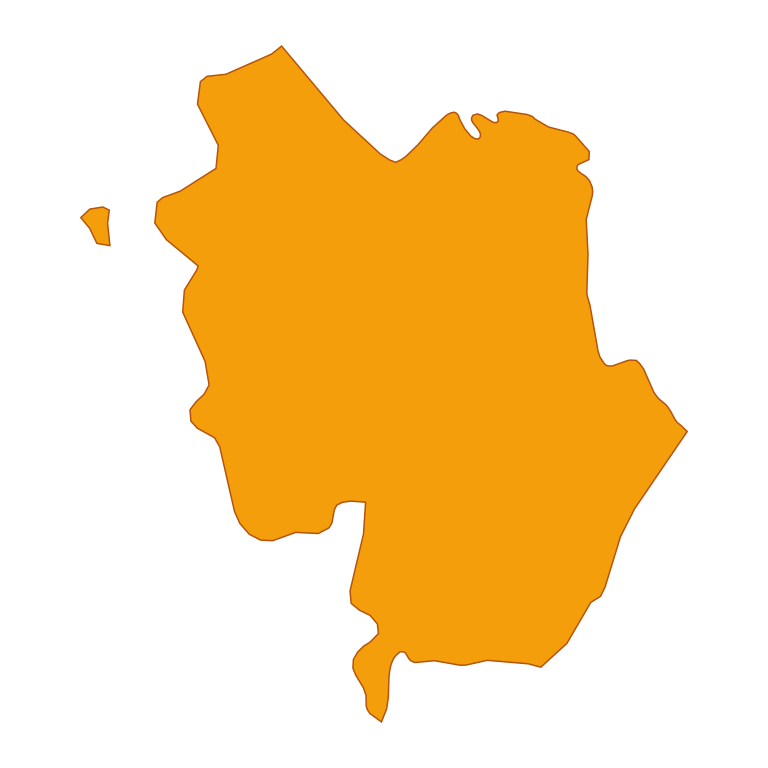 map outline of Matera (Albers equal-area conic projection)
{"feature_id": "ITA-5389", "entity_name": "Matera", "entity_type": "Province", "adm_level": 1, "iso_a3": "ITA", "parent_name": "Italy", "parent_adm1": "", "projection": "albers", "projection_center": [16.459, 40.447], "detail": "fine", "context": "isolated", "style": "filled", "palette": "amber", "viewbox_px": 768, "rotation_deg": 0, "n_neighbors": 0, "source": "natural_earth", "source_scale": "10m", "svg_char_len": 2272}
<svg xmlns="http://www.w3.org/2000/svg" viewBox="0 0 768 768"><path d="M687.2,431.5L634.5,508.9L620.5,536.6L605.0,587.3L600.5,596.3L590.8,602.4L566.8,643.5L540.8,667.2L528.3,663.8L487.2,660.3L466.3,665.0L462.8,665.2L459.3,665.1L434.6,660.7L415.2,662.5L412.4,661.6L410.1,660.2L408.4,657.9L405.5,653.0L403.2,651.7L400.0,651.9L396.2,655.2L393.8,658.2L392.2,661.6L391.1,664.4L389.9,669.6L389.0,676.4L388.3,697.6L386.6,709.0L381.4,721.9L370.0,713.6L367.4,709.8L366.2,705.8L366.0,695.1L363.4,687.8L355.7,675.0L352.9,668.0L353.4,659.4L357.8,651.9L364.0,645.9L370.1,642.1L378.4,633.6L377.4,624.0L370.1,615.4L359.6,610.3L351.2,603.4L350.0,591.0L363.5,534.0L365.6,502.2L350.8,501.1L342.5,502.3L336.8,505.0L334.3,510.0L332.0,522.7L329.1,527.8L318.2,533.5L295.6,532.4L272.7,540.7L260.6,540.1L249.3,534.3L239.9,523.5L234.5,511.4L219.7,446.7L214.5,437.7L197.3,428.2L190.9,421.1L190.0,409.8L196.1,401.7L204.1,394.2L209.1,384.9L205.1,361.4L182.7,312.1L184.4,290.1L196.7,270.1L198.2,266.0L166.4,239.7L154.8,223.0L157.2,202.2L162.6,197.6L180.3,191.1L216.0,168.4L218.3,145.3L197.5,104.2L200.4,81.6L207.1,76.3L225.8,74.3L271.5,54.1L281.6,46.1L343.6,120.0L380.2,153.9L389.4,159.9L395.7,162.3L400.9,159.9L405.5,156.8L417.6,145.1L432.4,127.9L446.6,115.1L448.5,114.0L450.7,113.0L454.1,112.2L456.6,113.3L458.3,115.4L460.3,120.6L464.8,128.9L470.8,136.1L474.9,138.7L478.3,139.0L480.1,137.3L480.5,134.4L479.6,131.8L478.2,129.4L472.9,122.7L471.6,120.3L471.6,117.8L472.9,115.3L477.3,113.9L481.5,115.3L493.4,122.5L496.9,122.5L498.3,120.7L497.8,117.8L497.0,114.9L499.3,112.5L504.9,111.2L527.2,114.5L532.4,116.5L535.0,119.1L548.4,127.0L568.6,132.2L573.2,134.0L575.4,135.8L589.3,151.5L588.9,159.6L577.9,164.7L576.8,167.3L577.1,169.8L579.0,171.8L581.4,173.7L584.0,175.2L586.9,177.6L589.6,180.9L592.2,187.3L592.7,191.9L592.3,195.6L586.2,219.6L588.0,254.1L586.8,293.1L587.3,296.2L589.9,304.9L598.0,350.9L599.9,357.0L604.5,363.9L606.6,365.5L609.6,366.1L612.5,365.9L627.4,360.6L630.2,360.1L636.3,360.4L639.8,363.7L643.6,369.0L653.9,392.4L657.3,397.1L659.1,399.1L665.8,404.6L668.2,407.6L670.8,411.6L674.6,418.8L677.1,422.4L681.6,426.0L687.2,431.5ZM102.8,207.0L109.3,210.2L107.6,223.1L109.9,245.6L96.9,243.4L89.7,228.4L80.8,217.6L89.8,209.1L102.8,207.0Z" fill="#f59e0b" stroke="#b45309" stroke-width="1.5"/></svg>